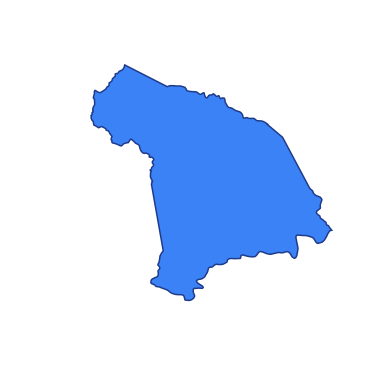 Potrerillos, El Paraíso, Honduras (Robinson projection), rotated 304°
{"feature_id": "27666195B65676299493653", "entity_name": "Potrerillos", "entity_type": "district", "adm_level": 2, "iso_a3": "HND", "parent_name": "Honduras", "parent_adm1": "El Paraíso", "projection": "robinson", "projection_center": [-86.765, 14.057], "detail": "fine", "context": "isolated", "style": "filled", "palette": "blue", "viewbox_px": 384, "rotation_deg": 304, "n_neighbors": 0, "source": "geoboundaries", "source_scale": "gbopen_adm2", "svg_char_len": 6026}
<svg xmlns="http://www.w3.org/2000/svg" viewBox="0 0 384 384"><g transform="rotate(304 192 192)"><path d="M238.4,329.3L239.5,325.8L240.3,324.2L240.3,323.1L240.0,322.2L240.1,321.9L240.6,321.2L241.5,320.3L241.8,319.7L241.9,317.2L242.2,315.9L242.1,314.5L242.1,313.3L242.4,312.6L243.1,312.0L243.6,311.3L243.6,310.8L243.6,309.5L243.8,308.2L244.1,307.2L244.4,306.7L244.9,306.3L246.0,306.3L248.1,306.8L249.9,307.4L250.3,307.4L250.8,307.2L251.7,306.4L252.9,305.6L254.2,305.1L257.5,304.3L258.3,303.9L258.8,303.2L259.2,302.1L259.4,301.0L258.4,296.6L258.5,295.0L258.7,294.1L259.1,293.2L260.3,291.5L260.5,290.6L260.7,288.4L261.0,287.3L288.0,236.5L290.1,216.8L290.4,217.1L290.5,216.8L290.6,214.3L290.4,212.1L290.1,210.9L289.8,210.0L288.8,208.2L287.9,206.9L287.6,206.2L287.4,205.1L287.7,202.8L287.4,201.8L287.1,201.2L286.1,200.0L285.0,198.2L284.5,197.0L284.5,196.2L284.3,195.8L283.6,195.0L282.6,194.2L282.3,193.7L282.2,193.3L282.3,192.8L283.7,191.4L284.5,190.1L285.0,188.8L285.2,187.7L285.1,186.5L284.4,184.3L283.9,182.4L283.8,178.3L283.4,177.0L282.8,175.6L282.7,174.8L282.7,174.0L283.0,173.3L283.8,171.8L285.0,169.4L285.4,168.9L287.0,167.6L287.6,166.7L287.8,166.1L287.6,165.6L287.2,164.9L286.3,164.1L285.6,163.7L285.4,163.3L285.4,162.8L286.8,160.6L286.6,160.1L285.4,159.4L285.0,158.9L285.0,158.0L285.4,156.2L285.3,155.1L285.2,154.6L283.6,154.2L283.1,153.7L282.6,152.7L281.8,152.1L281.2,151.9L278.8,152.0L278.6,151.8L278.3,151.3L278.2,150.5L278.3,149.9L279.4,148.2L280.8,146.8L280.9,146.3L280.7,146.0L280.4,145.8L279.1,145.3L278.2,144.9L277.5,144.1L277.3,142.9L277.5,141.0L277.4,139.6L274.4,134.4L273.2,131.6L273.3,130.9L274.2,129.3L274.8,127.7L274.6,126.9L273.6,123.6L272.9,122.4L271.3,120.0L269.4,116.6L268.0,114.5L267.6,114.1L265.5,112.6L259.7,65.2L258.7,65.5L257.3,66.1L254.2,66.0L251.4,64.2L250.5,64.1L249.5,64.2L248.7,64.0L248.3,63.7L247.7,62.8L246.9,62.4L246.5,62.6L245.8,63.2L245.1,63.6L242.2,62.9L241.3,62.8L239.1,63.5L237.4,62.9L236.3,62.3L235.5,62.6L234.3,63.5L233.7,63.7L233.0,63.6L232.4,63.1L232.0,62.9L229.4,62.9L228.6,62.8L224.4,61.1L223.1,60.3L222.6,59.5L222.2,58.1L222.2,55.7L222.1,55.1L221.9,54.7L221.4,54.7L220.4,55.0L219.7,55.7L218.9,56.1L215.1,57.4L214.5,58.2L214.4,58.6L214.5,58.8L214.5,59.0L214.2,59.5L213.2,60.1L210.2,62.4L207.3,62.7L205.8,63.1L204.3,64.0L203.3,65.3L203.0,65.2L202.6,64.8L202.0,64.7L201.6,64.9L200.6,65.8L198.7,65.6L198.2,66.4L197.5,66.6L196.5,67.5L195.6,68.9L195.4,70.2L195.0,70.9L194.6,71.4L194.1,71.6L193.8,72.2L192.6,73.2L193.0,75.9L193.0,78.4L193.2,78.8L193.7,79.1L195.3,80.0L195.6,80.5L195.9,81.2L196.2,83.7L196.2,84.8L196.0,85.6L195.4,86.0L195.3,86.4L195.5,87.2L195.8,87.9L195.8,88.4L195.3,90.0L194.4,91.5L193.4,94.5L193.1,94.7L192.3,94.8L191.6,95.0L190.1,95.7L189.9,96.3L189.9,96.8L188.8,97.5L188.4,97.9L188.3,98.4L188.3,98.9L189.2,101.2L189.9,104.2L190.2,106.5L190.4,107.1L190.7,107.6L191.7,108.0L193.3,108.2L193.7,108.3L195.5,109.8L196.3,110.2L196.8,111.1L197.4,111.6L200.4,111.5L201.3,111.5L201.6,111.7L201.7,112.2L201.7,113.3L201.4,115.7L200.9,118.0L201.3,120.7L201.2,121.7L200.8,122.6L199.3,124.2L198.0,125.9L197.3,127.4L197.0,128.8L197.0,129.7L197.2,130.5L197.6,131.2L198.5,132.0L198.8,132.8L198.9,133.6L198.9,135.0L198.8,136.2L197.3,136.8L197.2,136.9L197.2,137.5L197.4,138.1L197.8,138.6L198.3,139.0L198.4,139.5L198.4,140.1L198.2,140.9L197.8,142.0L197.2,142.3L195.3,142.1L194.6,142.4L194.2,142.7L193.8,143.2L193.6,143.7L193.5,144.3L193.3,144.6L192.9,145.0L192.5,145.2L191.4,145.3L189.8,144.9L188.8,145.3L187.8,145.5L187.5,145.4L187.1,145.1L186.7,145.1L186.5,145.3L186.3,145.7L186.3,146.0L186.6,146.3L186.5,146.6L185.7,146.8L184.6,146.9L184.0,147.5L182.7,148.1L181.8,148.7L181.0,149.5L180.1,150.9L179.4,152.1L179.2,152.9L179.0,153.2L178.8,153.3L178.5,153.0L178.2,152.9L177.2,153.7L176.4,153.9L175.9,153.9L127.2,201.0L124.2,200.9L120.8,201.3L119.8,202.0L118.2,202.6L117.3,203.2L116.0,203.6L115.0,204.0L113.0,204.2L112.6,204.4L112.4,204.7L112.1,205.5L111.8,206.9L111.5,207.4L111.2,207.7L110.4,208.0L108.1,207.9L107.3,208.1L106.6,208.6L106.1,209.3L104.5,210.3L103.2,210.7L101.7,210.3L100.3,209.1L99.6,208.8L97.6,207.7L96.7,207.5L95.9,207.5L94.1,208.4L93.7,208.8L93.5,209.3L93.4,209.8L93.7,210.2L93.8,211.8L94.1,212.7L94.0,213.6L93.7,214.4L93.6,214.9L93.9,215.7L95.1,218.2L95.4,220.0L96.8,225.6L96.9,227.2L96.7,229.7L96.7,230.6L96.7,231.3L96.9,232.6L97.9,235.7L99.5,238.5L100.6,240.1L101.5,242.0L101.4,242.9L100.9,244.0L98.8,246.3L98.6,246.7L100.4,250.2L101.3,251.1L102.5,251.9L103.9,252.4L105.1,252.7L106.9,252.5L107.4,252.2L107.9,251.7L109.2,249.6L110.1,248.7L111.5,247.8L112.3,247.5L112.9,247.5L113.5,247.9L114.4,249.3L116.1,251.3L117.8,254.3L118.2,254.6L118.9,254.6L119.2,254.6L119.4,254.4L119.7,253.7L119.9,252.3L119.7,250.9L119.8,247.2L120.2,246.0L120.4,245.7L120.8,245.5L121.6,245.5L122.5,245.8L123.1,246.3L124.5,247.8L125.7,248.8L127.6,249.6L128.6,249.9L129.5,249.9L134.0,249.6L136.2,249.0L137.9,248.3L138.7,248.4L139.5,248.7L139.8,249.0L140.4,249.9L141.3,250.8L144.0,251.5L144.9,252.0L145.6,252.4L146.0,253.0L146.8,254.8L148.6,257.2L149.8,258.3L153.2,260.1L153.7,260.1L155.4,259.5L155.9,259.4L156.7,259.7L157.5,260.2L158.9,261.7L160.3,264.3L161.3,265.6L163.3,268.4L163.9,269.1L164.4,269.2L166.4,268.3L167.1,268.4L167.7,268.8L168.2,269.5L168.5,270.0L168.9,271.4L170.1,274.8L171.9,278.2L172.9,279.5L173.5,280.2L174.2,280.5L175.5,280.9L179.3,281.0L180.1,281.4L180.8,281.9L181.1,282.5L181.6,283.6L182.8,288.7L183.4,290.2L184.1,291.7L184.6,292.3L189.9,297.2L190.6,298.1L191.2,299.5L192.0,300.7L192.8,301.6L195.2,303.5L195.9,304.6L196.2,305.7L196.1,307.1L195.7,308.2L194.6,310.4L194.3,311.1L194.2,312.0L194.2,313.5L194.4,313.9L194.7,314.3L195.2,314.5L195.9,314.7L197.8,314.5L203.6,311.9L204.6,311.3L205.5,310.5L209.1,306.8L212.6,303.4L213.5,303.0L214.5,303.0L215.1,303.5L215.6,304.0L218.0,308.4L219.5,310.6L220.4,312.8L221.6,316.7L221.7,317.9L221.3,319.4L219.7,323.0L219.6,323.5L219.6,324.7L220.1,325.4L223.1,327.9L225.4,328.5L226.0,328.6L227.9,328.6L230.6,328.4L233.4,327.9L236.5,327.9L236.9,328.0L237.4,328.3L238.4,329.3Z" fill="#3b82f6" stroke="#1e3a8a" stroke-width="1.5"/></g></svg>